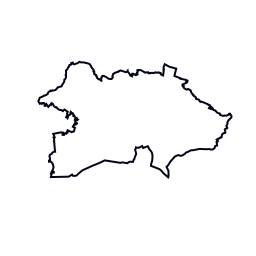 outline of Malu Cu Flori, Dâmbovita, Romania, rotated 200°
{"feature_id": "2599482B3623711215230", "entity_name": "Malu Cu Flori", "entity_type": "district", "adm_level": 2, "iso_a3": "ROU", "parent_name": "Romania", "parent_adm1": "Dâmbovita", "projection": "natural_earth1", "projection_center": [25.228, 45.153], "detail": "fine", "context": "isolated", "style": "outline", "palette": "ink", "viewbox_px": 256, "rotation_deg": 200, "n_neighbors": 0, "source": "geoboundaries", "source_scale": "gbopen_adm2", "svg_char_len": 5946}
<svg xmlns="http://www.w3.org/2000/svg" viewBox="0 0 256 256"><g transform="rotate(200 128 128)"><path d="M202.2,170.5L203.3,169.9L203.6,169.5L203.2,168.5L203.3,167.9L204.6,167.1L204.5,165.2L205.1,164.3L205.0,163.0L205.1,162.4L205.9,161.1L206.0,160.8L204.9,158.4L204.7,156.7L204.3,156.4L204.4,156.0L204.2,155.9L203.6,154.4L203.7,152.7L204.1,151.8L204.3,151.7L203.8,149.4L204.7,145.6L204.5,145.1L205.0,144.2L205.8,143.6L208.1,142.1L208.1,141.0L209.2,138.9L210.5,137.9L211.2,137.6L211.7,137.6L211.8,137.3L212.6,137.0L212.4,136.9L212.9,136.4L214.6,135.3L215.2,133.9L215.1,132.5L216.8,130.4L218.0,129.7L218.0,129.4L221.3,126.2L221.3,123.6L221.5,122.6L219.2,120.6L218.2,121.4L217.7,121.3L217.8,121.6L217.1,121.6L216.8,121.8L216.8,122.3L215.6,122.7L214.6,122.3L214.7,121.9L213.9,120.3L213.1,120.5L212.8,121.0L213.0,121.3L212.9,121.5L212.8,122.5L210.1,120.6L208.5,124.8L207.8,123.9L207.4,125.0L206.6,124.8L205.0,123.2L203.1,122.6L202.5,123.0L201.9,122.7L201.8,122.8L201.3,122.2L198.8,121.6L196.4,122.1L196.0,121.8L195.4,121.9L194.9,121.7L194.1,123.6L193.1,123.4L190.1,122.6L190.3,120.7L189.8,120.2L189.6,119.6L189.8,117.0L189.1,117.0L188.2,116.5L188.2,118.2L188.4,119.4L187.0,120.8L186.8,121.5L187.3,122.4L187.3,123.6L186.1,123.0L184.6,122.9L184.5,122.7L184.7,122.2L183.1,121.5L183.4,120.7L182.4,120.6L180.4,119.6L180.5,118.9L179.6,119.8L179.3,119.3L177.9,118.8L178.5,117.8L180.6,117.7L179.8,116.3L179.8,115.6L178.7,115.4L177.5,114.9L177.5,114.7L179.8,113.3L179.8,113.0L178.9,113.0L180.0,111.7L180.0,110.8L180.3,110.6L180.3,110.3L178.0,110.1L177.6,106.3L178.5,105.8L179.5,104.8L184.0,105.2L184.0,103.9L183.3,103.8L183.3,103.0L184.0,103.1L184.1,101.9L184.6,101.9L184.6,101.3L186.0,101.2L185.8,99.6L187.1,99.2L187.3,100.0L187.6,100.2L187.6,101.4L189.5,101.0L196.2,96.9L193.8,94.2L194.7,93.6L193.5,92.2L192.8,90.1L193.0,89.9L191.7,88.1L191.6,87.5L190.8,85.7L188.4,80.8L189.2,80.6L190.4,79.3L190.9,78.3L190.8,77.8L192.1,76.2L192.3,74.9L191.1,73.0L190.1,70.7L191.1,70.3L190.6,69.3L189.5,70.1L187.9,69.6L185.9,68.0L185.4,67.0L184.6,65.9L184.3,63.3L184.6,61.6L182.7,61.4L182.5,60.6L184.7,60.2L184.8,58.8L184.1,58.9L183.7,55.5L167.1,62.0L164.6,65.1L163.5,64.3L162.3,64.5L160.1,65.7L158.8,68.5L156.3,72.7L148.0,80.8L142.7,85.6L138.8,89.6L123.0,92.7L121.9,93.7L116.6,94.7L115.4,96.5L114.3,97.1L111.7,97.9L111.8,100.1L111.5,100.7L111.6,104.1L111.4,106.1L111.8,107.1L113.9,110.1L113.7,111.3L113.9,112.5L112.9,112.6L110.7,113.4L108.6,115.9L107.7,115.3L107.0,114.4L103.1,117.7L100.7,115.4L97.9,113.7L96.6,112.4L95.2,109.6L94.1,105.5L93.9,101.7L93.5,100.3L84.2,100.1L81.4,98.9L78.7,97.4L73.4,95.4L73.4,96.6L75.3,101.5L78.5,104.7L77.5,106.8L76.7,110.9L74.2,117.2L72.3,119.1L71.3,119.8L69.0,119.8L67.5,120.9L65.8,123.1L65.0,124.9L63.6,126.0L61.2,128.6L59.6,129.2L53.4,132.9L47.5,134.7L44.3,136.1L43.1,136.0L41.5,136.5L39.8,138.5L39.9,140.8L38.3,142.0L39.1,143.5L39.3,144.2L40.1,145.2L39.9,146.0L39.3,146.1L39.4,146.6L39.2,146.8L40.1,147.5L40.5,147.6L39.6,148.9L38.4,149.6L37.9,150.8L37.4,150.8L36.9,151.3L37.4,153.9L37.3,154.4L36.6,155.2L36.5,155.9L35.2,156.4L35.1,157.5L35.4,158.0L36.3,159.0L36.5,160.0L35.6,161.1L35.0,161.3L34.7,162.0L36.3,163.7L36.1,164.8L36.0,166.3L36.5,167.1L36.4,168.2L36.2,169.7L35.6,170.6L35.2,172.0L34.6,172.8L34.5,173.2L34.8,174.6L35.5,175.3L36.4,175.3L36.9,176.3L37.2,176.4L37.9,175.8L38.6,174.3L39.6,173.3L41.5,172.8L42.0,172.3L42.9,172.1L43.2,171.8L45.9,171.8L46.5,172.9L47.4,173.0L47.9,172.8L49.2,172.9L51.2,173.8L51.8,174.3L53.5,174.2L55.3,174.6L56.4,174.2L57.7,174.4L58.7,174.3L58.5,175.4L56.2,175.2L55.4,174.8L55.1,174.8L55.0,175.2L55.7,175.8L57.8,176.6L58.3,176.6L58.8,177.4L60.4,177.2L61.1,177.7L64.0,177.7L65.0,177.9L66.3,177.8L67.2,178.0L67.8,177.9L68.4,177.4L69.0,177.7L69.6,177.5L70.5,178.5L70.8,178.4L71.2,178.8L72.3,178.9L73.5,178.6L74.1,178.7L74.3,179.4L75.4,180.5L76.6,180.4L77.7,180.9L77.8,181.6L78.0,181.7L78.8,181.6L79.8,182.5L81.0,183.2L81.5,184.3L82.2,184.8L82.5,184.6L83.2,185.1L84.1,185.0L85.1,185.2L85.5,184.8L85.8,184.2L86.7,184.1L88.7,184.6L90.7,185.9L90.3,186.4L91.2,186.5L91.5,186.8L90.6,187.3L91.2,188.0L88.7,190.3L88.2,191.0L89.1,191.5L88.2,192.7L88.5,192.9L90.3,193.0L95.1,192.3L95.1,192.5L96.1,192.4L96.1,192.7L102.2,192.8L103.0,200.3L110.0,199.7L115.3,200.5L115.3,197.0L114.3,195.3L114.6,194.9L114.1,194.1L114.1,193.5L113.8,193.3L113.0,189.4L114.1,189.4L114.4,189.8L115.3,189.6L115.9,190.1L115.9,190.4L116.1,190.8L117.6,190.5L117.6,190.8L118.0,190.8L118.8,190.2L119.4,190.2L120.4,189.6L121.4,189.7L122.4,188.5L124.2,188.1L125.5,187.4L125.8,187.0L126.2,186.9L126.4,187.1L126.9,186.6L127.6,186.5L128.1,187.2L129.8,186.6L130.7,185.9L135.9,186.8L136.8,186.5L137.1,186.2L137.9,186.2L138.6,185.8L139.0,185.4L138.8,185.1L138.2,184.9L138.3,183.9L138.1,183.5L138.5,183.1L138.3,182.7L138.4,182.1L138.0,181.9L138.7,181.4L138.5,181.1L138.0,181.0L138.7,180.3L140.0,180.6L140.4,180.4L140.8,180.4L141.2,180.7L141.9,180.7L142.2,180.4L142.6,180.4L143.0,179.5L142.9,179.1L143.0,178.8L142.5,178.6L142.1,178.8L142.3,178.4L142.1,178.0L143.8,178.1L145.2,179.5L147.6,181.0L147.9,181.6L148.2,180.6L148.8,179.8L154.7,179.5L155.5,178.6L156.0,178.4L156.0,178.0L156.5,177.7L156.5,177.4L158.0,176.4L158.1,176.0L159.1,175.5L160.4,173.7L160.2,173.3L160.4,171.4L160.3,171.1L159.6,170.5L160.2,168.5L161.7,167.8L163.2,167.7L166.0,168.4L167.6,168.6L169.4,168.5L169.9,168.0L169.8,167.6L170.3,166.6L170.0,166.1L170.1,164.7L169.3,163.7L169.2,163.3L169.5,163.3L170.8,164.2L171.2,163.8L171.7,163.8L172.0,164.1L172.6,163.8L173.2,164.2L174.0,164.3L174.8,165.5L175.4,165.6L175.6,165.8L175.4,166.2L175.8,166.6L176.2,166.5L176.6,167.0L177.9,167.1L177.9,167.4L178.5,167.7L178.9,168.5L178.8,168.8L179.6,169.2L179.3,169.7L179.5,169.8L180.0,169.8L180.2,170.8L183.0,172.5L184.0,173.7L184.6,173.9L185.1,174.5L185.7,174.6L186.0,175.0L187.9,175.0L188.4,174.8L189.0,174.9L191.8,174.5L195.1,173.5L196.2,173.6L196.5,173.4L196.7,172.8L197.4,171.9L200.3,169.4L200.8,169.3L201.7,169.5L202.1,170.0L202.2,170.5Z" fill="none" stroke="#020617" stroke-width="2"/></g></svg>